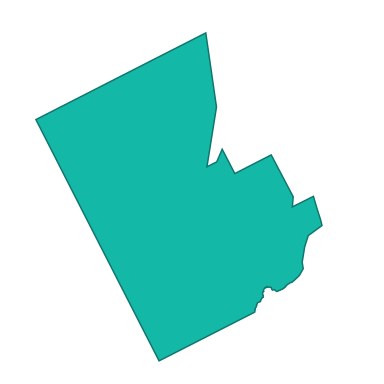 Nipa/Kutubu District, Southern Highlands, Papua New Guinea, rotated 63°
{"feature_id": "67681753B17262942847842", "entity_name": "Nipa/Kutubu District", "entity_type": "district", "adm_level": 2, "iso_a3": "PNG", "parent_name": "Papua New Guinea", "parent_adm1": "Southern Highlands", "projection": "robinson", "projection_center": [143.536, -6.456], "detail": "fine", "context": "isolated", "style": "filled", "palette": "teal", "viewbox_px": 384, "rotation_deg": 63, "n_neighbors": 0, "source": "geoboundaries", "source_scale": "gbopen_adm2", "svg_char_len": 1230}
<svg xmlns="http://www.w3.org/2000/svg" viewBox="0 0 384 384"><g transform="rotate(63 192 192)"><path d="M283.6,108.2L280.9,91.4L275.4,90.1L271.1,89.4L263.9,88.2L251.0,85.8L250.8,109.3L242.2,104.0L194.9,104.6L195.0,137.2L195.0,145.5L167.6,145.7L176.4,156.3L176.3,167.2L127.4,131.6L56.5,107.5L56.5,168.3L56.6,298.2L152.1,298.2L318.1,298.0L327.5,298.0L327.5,210.3L327.5,191.9L327.4,190.5L326.5,190.0L325.5,189.0L324.6,189.0L323.6,187.0L322.9,186.5L322.2,185.5L321.5,185.6L321.1,184.6L320.3,183.8L320.7,182.4L320.2,181.6L320.7,180.7L319.6,179.9L318.6,178.0L318.0,177.7L318.1,176.2L317.2,175.9L316.4,175.4L315.1,175.5L314.4,175.2L313.6,174.2L313.1,174.0L313.2,173.2L312.0,173.0L311.1,171.8L310.9,171.0L310.4,170.9L310.3,170.5L310.8,169.8L310.3,168.4L311.0,168.5L311.8,166.1L312.4,165.8L313.1,164.7L314.9,165.1L315.9,164.9L316.5,162.7L317.6,162.5L318.3,162.1L319.2,161.5L319.3,159.2L319.5,158.4L319.4,156.5L319.7,155.6L319.4,154.6L319.4,153.5L319.0,152.8L319.1,152.2L318.6,151.7L318.6,151.0L318.2,150.7L318.0,149.4L317.6,148.6L317.8,147.1L317.3,145.8L317.7,144.4L317.8,143.7L317.3,142.1L317.3,141.3L317.1,140.9L315.1,134.2L310.8,127.7L304.6,125.7L292.0,116.5L283.6,108.2Z" fill="#14b8a6" stroke="#0f766e" stroke-width="1.5"/></g></svg>